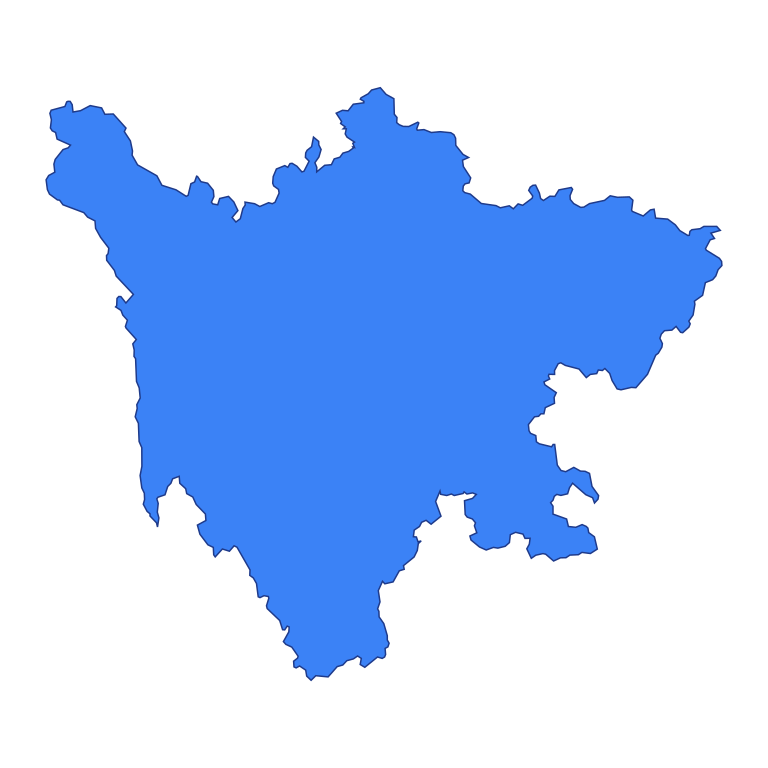 map outline of Sichuan (orthographic projection)
{"feature_id": "CHN-1809", "entity_name": "Sichuan", "entity_type": "Province", "adm_level": 1, "iso_a3": "CHN", "parent_name": "China", "parent_adm1": "", "projection": "orthographic", "projection_center": [103.034, 30.167], "detail": "fine", "context": "isolated", "style": "filled", "palette": "blue", "viewbox_px": 768, "rotation_deg": 0, "n_neighbors": 0, "source": "natural_earth", "source_scale": "10m", "svg_char_len": 6081}
<svg xmlns="http://www.w3.org/2000/svg" viewBox="0 0 768 768"><path d="M720.3,230.4L710.9,233.1L714.5,238.5L710.2,239.8L705.5,248.6L706.3,250.2L719.4,258.3L721.6,261.4L721.9,265.5L718.1,269.7L715.8,276.0L712.6,279.7L705.4,282.6L702.6,295.3L694.4,301.2L694.9,304.3L693.1,315.0L688.8,321.1L690.2,323.8L688.9,327.1L682.7,332.7L680.6,332.3L676.1,326.4L671.9,330.1L664.5,330.7L661.3,334.1L659.9,338.3L662.4,343.6L661.9,347.1L658.3,353.2L655.7,355.2L647.5,374.3L635.9,387.7L631.3,387.4L621.0,389.8L617.1,388.9L612.1,380.6L609.7,373.4L604.9,368.5L602.4,370.5L598.3,370.0L596.7,373.6L590.3,374.4L586.3,377.6L579.0,369.0L565.3,365.4L560.8,362.8L558.2,363.7L554.5,370.6L554.6,374.4L549.0,374.3L548.4,376.0L549.7,379.0L544.0,381.9L544.8,384.7L556.3,392.7L554.1,397.4L554.5,403.3L545.3,407.6L543.9,413.8L540.9,413.8L538.6,416.3L534.5,416.8L528.4,424.6L529.0,430.7L530.5,433.3L535.8,435.6L536.4,441.8L539.3,443.8L551.6,446.8L553.1,444.5L554.7,444.5L557.3,465.1L561.0,470.5L565.7,471.7L573.8,467.4L580.5,471.1L585.1,471.3L589.5,473.4L592.0,486.4L598.6,495.6L598.0,499.2L594.5,503.0L592.6,497.7L585.8,494.7L572.6,483.2L569.5,487.7L567.6,493.8L560.9,495.4L556.8,494.4L554.3,496.3L553.0,500.2L550.6,502.7L553.0,506.2L553.0,514.1L566.6,519.0L568.4,526.5L575.8,527.3L582.1,524.6L586.2,526.4L587.9,528.1L588.7,532.6L594.4,536.8L597.3,549.1L590.4,553.5L581.9,552.4L578.4,554.7L569.9,555.1L566.0,557.7L560.5,557.8L553.6,561.0L545.7,554.2L542.9,553.6L535.8,555.2L531.3,558.3L526.8,548.8L529.3,544.2L530.1,538.3L525.0,538.4L523.0,534.1L515.6,532.3L510.3,534.7L509.4,542.6L505.2,546.3L497.9,548.1L493.4,547.4L486.2,550.0L479.5,547.0L471.0,540.0L469.9,536.0L476.8,532.8L474.4,525.8L475.5,522.8L472.4,519.0L467.2,517.1L465.2,514.5L464.5,500.7L472.5,498.4L476.3,494.4L472.6,492.9L466.9,494.0L464.1,491.9L463.1,493.5L454.2,495.5L451.4,494.0L446.7,495.5L440.7,494.3L440.0,491.1L435.6,501.5L441.0,516.2L431.1,524.2L426.1,520.3L421.6,522.3L419.5,526.5L414.2,530.1L413.4,536.7L416.4,537.0L418.0,541.8L421.2,540.9L418.3,543.6L417.3,550.5L414.1,557.0L403.5,565.6L404.2,569.3L399.3,570.8L393.1,581.9L384.8,583.8L382.5,581.3L378.3,590.6L380.0,601.9L377.6,608.9L378.9,611.3L379.1,616.9L383.8,623.6L387.3,635.7L387.3,640.0L389.1,643.2L387.9,646.9L385.1,648.4L385.6,654.5L384.6,657.0L382.2,658.4L377.5,657.0L364.8,667.3L360.2,664.5L361.3,658.4L357.6,656.0L353.4,658.9L346.8,660.7L342.8,665.0L337.2,666.6L328.1,676.9L315.8,675.7L311.1,680.3L306.7,676.1L305.7,670.1L299.6,666.0L296.1,667.9L294.0,666.9L293.6,661.2L297.6,658.1L298.1,656.2L291.8,647.1L285.9,644.4L283.4,641.6L288.8,631.9L289.2,627.0L287.2,626.1L284.7,629.9L282.6,629.7L279.7,620.5L267.2,608.6L266.5,605.8L268.8,598.3L268.4,596.5L264.0,595.7L260.0,597.6L258.2,596.8L256.5,583.5L253.3,577.9L249.8,575.4L250.0,569.9L237.0,547.2L234.1,545.8L229.4,551.2L222.4,549.0L215.2,556.9L213.7,554.8L213.3,547.4L207.9,544.8L199.9,534.2L197.4,525.1L205.9,520.5L205.4,514.0L196.2,504.5L192.8,497.0L186.7,493.6L185.7,488.7L179.8,483.3L179.2,476.3L172.6,478.8L170.9,483.3L167.7,486.5L165.0,494.8L158.0,497.2L156.8,498.8L158.2,503.4L157.3,512.1L158.9,517.9L157.5,527.0L156.5,522.8L150.0,516.0L150.0,513.8L147.1,511.4L143.3,504.2L144.6,499.5L144.3,493.1L141.8,487.9L140.1,475.5L141.9,466.3L141.8,447.7L139.1,441.5L138.4,423.3L135.2,416.8L137.2,408.5L136.8,404.7L140.2,398.0L139.2,387.9L136.5,381.4L135.6,358.7L134.0,356.4L134.2,350.0L132.8,343.9L136.3,339.5L126.1,328.1L125.4,326.5L127.4,320.2L122.8,315.1L121.0,310.4L115.6,306.9L116.7,305.7L117.0,298.4L118.8,296.5L120.9,296.6L125.9,303.0L133.4,294.4L116.2,276.1L114.4,270.4L106.7,260.3L106.5,255.6L108.1,253.6L108.8,248.2L100.6,237.4L95.6,228.4L95.0,220.9L87.6,217.1L83.8,212.6L63.0,204.8L59.6,200.2L57.4,199.9L49.5,194.1L47.4,189.6L46.1,179.8L48.7,175.5L54.8,172.2L53.9,164.1L55.2,159.4L63.0,149.6L68.2,147.8L70.5,145.1L57.1,139.1L55.6,132.5L52.2,130.8L50.4,128.0L51.4,119.8L49.9,113.3L51.2,110.2L64.9,106.5L66.7,101.9L68.0,101.3L70.2,101.4L72.2,104.7L73.0,112.0L80.5,110.7L90.2,105.6L101.6,107.9L104.9,114.3L113.3,114.0L126.0,128.1L124.3,131.6L130.4,140.9L132.5,151.0L132.1,155.2L137.6,164.9L156.9,175.8L161.9,185.3L176.0,189.8L186.2,196.3L188.1,195.4L190.9,183.7L194.6,182.0L196.6,176.2L197.5,176.5L201.0,181.7L207.6,183.2L213.3,190.3L213.9,196.6L211.4,202.2L212.8,203.9L217.7,204.8L219.7,198.5L228.5,196.4L233.8,201.9L237.9,210.6L232.1,217.5L235.9,222.0L240.3,218.7L242.9,208.5L245.2,205.1L245.0,202.1L254.6,203.7L259.8,206.5L268.6,202.7L272.3,203.7L275.0,202.3L279.1,193.1L278.5,189.4L273.7,185.9L272.7,183.2L273.2,176.6L276.4,169.0L284.8,165.6L287.8,167.3L290.0,163.6L292.1,163.3L296.9,166.2L301.9,171.9L304.0,171.2L309.1,161.2L305.4,157.4L305.7,152.9L307.1,150.3L311.6,146.7L313.5,137.1L318.7,141.4L318.8,144.9L321.1,149.5L318.9,157.0L314.9,162.7L316.8,167.3L316.7,171.9L324.7,165.3L331.4,164.7L334.2,158.9L339.9,157.2L342.9,153.1L348.7,151.4L353.3,148.0L352.8,147.0L354.5,147.5L352.8,143.3L354.5,142.1L347.0,137.1L345.2,133.9L346.3,128.8L343.2,128.8L345.2,126.9L340.6,123.5L341.6,121.5L336.2,113.2L342.5,110.3L348.1,110.8L353.3,104.2L363.8,102.8L363.9,101.3L360.3,99.2L361.1,97.7L368.2,93.8L371.6,90.0L380.3,87.7L386.1,94.4L393.9,98.7L394.3,114.2L397.0,117.5L396.7,122.6L399.2,124.7L403.2,126.4L408.8,126.5L417.8,122.2L418.8,123.0L416.7,128.8L417.3,130.2L424.0,129.6L431.3,132.5L440.2,131.7L450.8,132.7L453.9,134.7L455.6,138.2L455.8,145.4L463.0,154.4L468.6,157.5L462.5,160.2L463.4,166.6L470.7,177.9L469.1,182.9L465.1,183.8L463.3,186.0L462.8,190.7L464.7,192.6L470.3,194.1L481.3,203.5L496.0,205.6L500.3,207.8L509.3,205.8L513.3,208.8L518.1,203.9L522.7,205.3L532.2,198.2L532.7,196.0L528.7,190.4L530.2,187.2L532.9,185.3L535.6,185.1L539.4,193.1L540.6,198.5L543.4,200.5L549.9,196.2L554.9,196.4L558.9,189.9L571.3,187.5L572.6,189.3L570.0,195.7L570.3,199.5L573.7,203.6L580.7,207.4L583.9,207.1L589.5,203.6L604.5,200.4L610.2,195.8L617.5,197.3L629.3,196.9L632.9,200.2L631.6,210.1L632.3,211.4L643.2,216.0L650.4,209.9L654.1,209.2L655.6,218.1L667.7,219.1L675.4,224.9L679.8,230.6L687.9,235.5L689.3,235.3L689.9,231.4L691.9,229.7L700.1,228.7L703.9,226.4L716.7,226.4L720.3,230.4Z" fill="#3b82f6" stroke="#1e3a8a" stroke-width="1.5"/></svg>